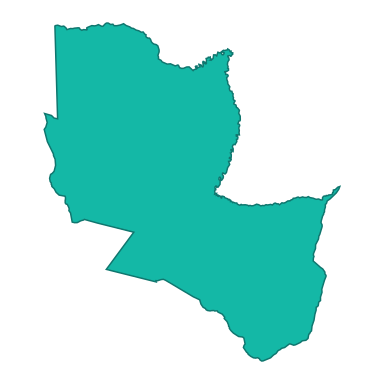 San Pedro, Jujuy, Argentina (Albers equal-area conic projection)
{"feature_id": "61730980B38086174579280", "entity_name": "San Pedro", "entity_type": "district", "adm_level": 2, "iso_a3": "ARG", "parent_name": "Argentina", "parent_adm1": "Jujuy", "projection": "albers", "projection_center": [-64.748, -24.311], "detail": "fine", "context": "isolated", "style": "filled", "palette": "teal", "viewbox_px": 384, "rotation_deg": 0, "n_neighbors": 0, "source": "geoboundaries", "source_scale": "gbopen_adm2", "svg_char_len": 5897}
<svg xmlns="http://www.w3.org/2000/svg" viewBox="0 0 384 384"><path d="M156.1,281.9L155.7,281.0L155.9,280.6L157.3,280.8L161.0,279.6L163.4,279.3L165.6,280.3L193.3,296.8L199.7,299.8L201.0,304.2L203.1,307.3L205.4,308.5L206.1,309.7L207.5,310.5L210.1,310.9L211.6,310.6L213.9,310.5L214.7,311.0L217.1,310.8L218.0,312.1L222.2,314.1L224.7,317.2L224.2,318.5L227.1,321.6L228.5,324.9L228.6,326.2L229.4,327.2L229.4,328.5L231.1,330.8L233.4,333.1L238.6,336.5L242.6,337.0L243.9,338.1L245.1,344.0L244.1,345.3L243.4,347.5L246.5,352.1L247.7,353.1L248.2,354.3L250.7,356.3L253.4,357.8L255.7,358.1L257.5,357.7L259.3,358.6L260.1,360.0L261.6,361.0L263.1,360.9L270.6,357.8L273.6,354.9L276.0,353.5L278.2,350.5L280.2,349.6L281.7,348.3L284.7,347.5L289.0,344.2L289.9,343.8L293.7,345.2L295.5,344.8L300.3,342.5L302.3,340.8L305.9,340.3L308.0,338.5L308.8,334.2L309.6,333.7L310.4,332.0L311.5,330.9L312.0,326.1L314.0,320.2L314.9,314.3L316.1,310.2L316.2,307.2L317.6,306.5L318.3,305.3L318.7,302.1L320.5,300.6L320.5,297.0L322.0,292.3L321.8,289.2L324.5,280.2L326.0,276.5L326.0,275.3L324.9,273.8L324.9,272.1L322.7,268.9L320.5,267.4L313.2,261.0L313.4,258.1L314.0,256.4L313.4,255.2L313.5,253.6L315.5,248.6L315.6,244.7L318.5,239.1L318.9,236.0L319.7,234.6L322.1,226.7L322.1,224.9L321.0,222.6L321.3,220.7L322.6,216.1L323.7,214.1L323.7,213.1L324.5,211.9L324.5,209.9L325.4,207.0L325.3,204.7L326.5,203.3L327.2,200.9L330.1,198.9L336.3,192.9L338.8,189.2L339.8,186.5L337.8,187.2L335.3,189.6L333.4,190.0L333.3,192.2L332.7,192.5L332.3,194.2L330.9,194.8L328.6,195.0L328.0,195.6L326.2,195.5L325.8,196.2L324.4,196.0L323.4,196.4L322.5,197.8L322.5,199.7L322.2,199.9L320.9,200.0L318.7,199.0L316.0,199.3L313.2,198.2L310.0,197.6L308.3,196.6L306.5,197.5L304.1,197.4L302.7,196.9L299.6,197.8L298.4,197.1L297.4,197.2L295.4,198.1L293.2,198.3L292.6,199.4L291.1,199.9L290.0,200.8L287.7,201.0L285.5,202.5L283.8,203.1L281.9,202.8L279.5,204.8L278.2,203.8L277.0,203.9L275.4,203.1L274.3,203.3L272.3,205.0L270.7,204.4L267.7,205.0L266.0,204.7L264.0,205.7L262.8,205.4L260.8,205.9L258.7,204.7L256.6,204.2L253.5,205.6L251.7,205.9L250.0,205.4L248.7,205.9L247.9,205.3L245.6,204.8L241.7,204.9L241.1,204.4L239.9,205.3L237.4,204.2L236.8,203.0L235.2,203.0L233.2,202.2L232.7,202.6L231.5,201.2L230.5,201.5L230.4,200.1L229.7,200.0L229.2,199.4L228.3,199.8L227.8,198.8L224.9,197.8L224.2,196.7L222.6,196.2L221.4,196.3L221.2,197.0L221.8,197.2L221.7,197.9L221.3,198.0L220.1,196.1L218.9,195.6L218.6,196.4L217.7,196.1L217.6,195.7L218.3,195.5L217.8,194.9L216.3,195.3L216.6,193.4L214.7,194.1L215.0,192.8L214.6,191.0L215.0,189.9L215.7,189.9L215.8,189.6L215.8,188.8L214.9,188.0L215.2,186.7L216.0,186.0L216.8,186.3L216.8,187.2L218.1,187.1L220.0,184.4L220.2,180.7L218.9,179.5L219.1,177.8L219.5,177.2L220.3,177.3L220.8,178.4L220.6,179.7L221.6,180.3L223.0,178.4L223.4,177.0L223.3,175.9L222.4,174.5L222.6,173.1L223.1,173.0L225.0,174.0L226.4,172.6L227.6,167.7L229.7,164.4L228.6,161.4L230.4,161.0L231.2,159.6L231.0,158.3L230.1,158.8L229.3,158.1L229.6,157.5L231.0,157.7L231.2,157.3L231.3,154.7L230.4,153.0L231.4,152.6L232.1,151.4L231.1,150.8L231.0,149.6L232.1,149.4L233.1,150.8L233.2,148.9L232.4,146.8L232.8,145.3L234.1,144.3L235.0,144.7L236.8,141.6L236.5,139.4L237.6,139.1L237.9,137.4L237.5,136.2L236.8,136.4L236.2,136.0L236.3,134.8L239.4,134.9L239.0,132.8L239.3,130.4L238.8,128.4L239.1,126.7L239.7,125.8L239.4,124.4L237.9,123.8L238.9,121.1L240.1,120.7L240.3,119.6L240.2,116.1L238.7,113.2L239.4,110.3L237.6,108.0L236.4,107.3L236.0,105.1L233.8,103.9L234.0,102.7L235.0,101.2L234.9,100.6L233.7,100.0L233.2,99.1L233.5,97.5L232.9,96.3L233.1,93.7L232.3,93.1L231.9,91.3L230.4,91.1L229.7,90.2L229.3,88.5L229.8,86.8L227.8,83.8L227.7,81.7L226.9,79.7L226.7,77.5L227.9,76.5L228.1,75.3L227.3,74.5L225.7,74.4L225.6,72.8L224.7,72.0L224.8,71.7L226.9,71.3L228.5,70.3L228.5,68.7L227.6,68.1L228.1,66.9L227.4,64.5L227.8,61.8L229.1,59.9L228.8,57.9L227.8,56.7L227.8,56.0L230.0,55.5L230.6,56.2L231.3,56.0L231.9,54.8L232.7,54.3L232.7,52.8L231.3,52.8L231.0,51.1L230.1,51.5L229.3,50.0L227.7,49.0L227.5,49.8L224.7,50.5L223.4,50.3L222.1,51.3L222.8,52.2L224.2,52.9L223.7,54.2L223.1,54.8L222.0,54.6L221.4,53.3L221.4,51.9L219.9,52.9L217.9,52.2L216.7,55.9L215.6,54.9L213.6,54.9L213.1,58.5L211.1,60.3L210.2,60.1L211.4,59.4L210.3,58.1L210.2,57.0L209.3,57.4L208.3,57.2L207.9,58.0L206.1,58.5L206.6,60.5L206.0,62.2L206.5,63.1L205.9,63.9L205.4,63.8L205.1,62.8L203.7,61.4L203.0,61.5L202.8,62.9L203.8,63.5L203.0,64.2L203.3,66.0L202.8,66.9L202.1,66.7L201.2,65.1L198.9,64.3L198.9,64.9L199.9,65.9L200.0,66.9L198.0,67.5L197.5,68.1L196.9,67.7L197.0,66.0L195.8,66.1L195.4,66.5L196.3,69.0L193.9,69.7L193.1,70.6L189.1,66.9L186.6,67.0L183.6,68.3L181.7,68.4L179.6,67.7L178.5,65.4L177.9,65.0L175.2,65.9L170.5,63.8L167.2,64.1L162.1,61.9L161.1,60.4L158.4,58.9L158.5,56.9L157.9,55.4L159.1,51.9L159.1,49.9L157.8,45.8L156.2,44.6L153.8,44.0L152.4,43.0L151.4,41.8L150.5,39.3L149.4,38.1L147.9,38.1L146.3,37.1L145.9,36.5L146.0,34.7L144.8,34.2L143.2,32.0L141.2,32.2L138.9,30.8L136.2,30.1L133.3,28.4L131.6,28.2L129.8,26.9L126.1,25.5L123.6,23.7L120.3,25.0L116.8,25.7L114.1,25.7L112.9,24.2L110.6,24.5L108.3,23.1L106.8,23.0L105.5,23.6L102.9,26.3L101.7,26.3L98.4,24.6L96.2,25.6L94.3,25.9L91.8,25.6L87.0,27.6L86.7,28.1L87.1,29.4L86.8,29.9L83.5,29.6L81.8,30.3L79.9,29.1L79.4,28.0L78.3,27.8L74.1,28.2L73.0,28.6L70.5,28.5L66.9,29.6L65.9,27.8L63.8,26.1L61.3,26.5L57.8,25.2L55.8,25.5L54.9,26.0L57.6,118.8L54.1,118.1L51.5,115.5L44.6,113.5L45.9,116.5L46.0,118.1L47.2,122.4L45.8,127.1L44.2,129.4L47.4,141.7L53.4,153.9L53.5,155.6L55.1,159.2L55.6,165.4L54.1,171.3L52.3,173.3L50.6,174.4L49.6,178.3L50.2,181.6L51.3,183.0L51.2,184.1L51.8,185.4L51.9,186.5L54.2,188.7L56.1,192.3L59.1,195.1L65.0,196.2L65.4,197.0L65.5,199.3L65.2,200.0L65.2,202.9L66.1,204.1L67.3,204.4L68.7,207.3L69.2,208.8L68.9,210.7L70.5,212.9L72.2,222.1L74.7,222.7L77.3,222.6L80.7,220.8L83.6,220.0L84.3,219.4L97.2,223.0L133.8,232.2L106.3,269.4L156.1,281.9Z" fill="#14b8a6" stroke="#0f766e" stroke-width="1.5"/></svg>